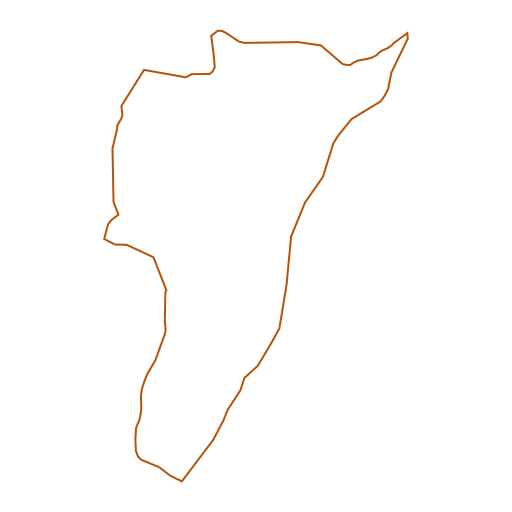 Quindío, Natural Earth projection
{"feature_id": "COL-1400", "entity_name": "Quindío", "entity_type": "Department", "adm_level": 1, "iso_a3": "COL", "parent_name": "Colombia", "parent_adm1": "", "projection": "natural_earth1", "projection_center": [-75.678, 4.399], "detail": "fine", "context": "isolated", "style": "outline", "palette": "amber", "viewbox_px": 512, "rotation_deg": 0, "n_neighbors": 0, "source": "natural_earth", "source_scale": "10m", "svg_char_len": 1125}
<svg xmlns="http://www.w3.org/2000/svg" viewBox="0 0 512 512"><path d="M407.3,33.1L407.8,38.6L391.4,72.5L388.1,89.2L384.3,96.3L380.6,101.4L351.5,119.1L337.9,136.0L333.2,143.6L322.9,176.9L305.1,202.4L291.1,236.5L286.6,284.3L279.4,328.3L272.3,341.3L257.8,365.8L244.4,377.9L240.4,390.3L227.8,409.6L223.4,420.5L213.2,439.9L181.9,481.3L170.7,476.0L159.1,467.2L140.9,459.6L137.9,456.3L135.9,450.9L135.4,439.8L136.0,428.2L139.7,418.9L140.6,413.9L141.3,408.2L140.9,395.5L142.0,388.7L144.4,381.2L147.4,373.8L155.4,360.2L164.9,333.9L165.6,330.1L164.8,320.5L165.4,292.5L166.3,290.1L153.5,257.3L126.6,244.8L115.0,244.5L104.2,239.0L108.0,224.4L109.7,222.1L111.6,219.8L118.4,214.7L113.5,201.7L112.5,148.4L116.7,130.6L117.5,125.0L121.2,118.9L122.4,115.2L121.4,106.0L144.0,69.9L185.7,77.3L191.8,74.2L209.9,73.9L212.7,71.3L214.7,67.4L213.9,56.3L211.2,35.8L217.8,30.7L222.4,31.0L226.6,33.3L238.8,41.5L244.2,42.9L298.1,42.1L321.1,45.5L342.5,64.0L345.9,64.8L350.2,65.0L353.8,62.5L358.3,60.5L367.9,58.8L372.9,57.2L376.4,55.3L380.0,51.8L382.4,50.4L387.5,48.3L391.3,45.7L394.0,42.9L407.3,33.1Z" fill="none" stroke="#b45309" stroke-width="2"/></svg>